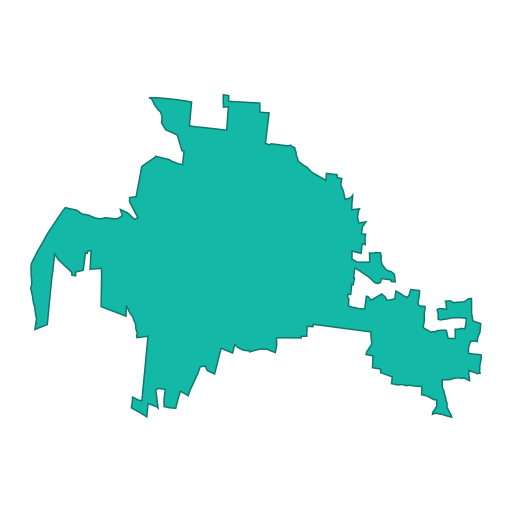 the district of Hocabá, Yucatán, Mexico
{"feature_id": "50627088B46222132432578", "entity_name": "Hocabá", "entity_type": "district", "adm_level": 2, "iso_a3": "MEX", "parent_name": "Mexico", "parent_adm1": "Yucatán", "projection": "equal_earth", "projection_center": [-89.223, 20.81], "detail": "fine", "context": "isolated", "style": "filled", "palette": "teal", "viewbox_px": 512, "rotation_deg": 0, "n_neighbors": 0, "source": "geoboundaries", "source_scale": "gbopen_adm2", "svg_char_len": 5557}
<svg xmlns="http://www.w3.org/2000/svg" viewBox="0 0 512 512"><path d="M131.3,407.8L140.1,412.6L146.8,416.9L147.9,404.9L148.2,403.6L156.9,406.8L158.0,408.0L155.8,389.8L158.4,388.4L165.3,389.4L164.4,396.0L163.9,401.3L164.2,405.2L164.1,406.6L170.0,407.8L175.7,408.3L177.9,399.3L179.1,395.6L180.3,391.3L185.1,393.7L188.2,395.8L189.2,392.7L189.8,390.8L197.7,373.9L200.2,366.8L205.2,366.1L207.3,370.6L214.6,374.0L221.1,348.3L232.6,353.0L234.7,344.5L237.7,347.4L241.8,349.5L243.7,350.2L246.6,350.7L248.1,350.6L248.6,350.3L249.6,351.9L255.8,350.1L260.2,349.1L262.2,349.1L263.9,349.2L266.8,349.2L275.3,352.6L276.7,345.1L276.5,337.8L281.1,337.8L301.2,337.9L301.3,336.3L306.7,336.2L307.1,326.4L313.0,326.7L313.1,324.3L370.9,331.9L370.8,333.9L370.8,334.0L370.8,334.3L371.8,344.0L366.8,351.8L366.0,354.5L373.0,355.9L372.5,367.7L380.5,369.0L380.7,371.3L380.5,372.6L385.6,374.4L392.3,376.9L391.5,383.6L397.3,384.9L402.4,384.5L405.9,385.6L409.6,385.3L414.7,386.0L416.1,386.1L417.9,386.4L420.7,386.2L421.9,387.0L421.6,394.8L424.9,395.4L424.9,395.5L425.0,395.5L427.0,395.9L427.6,396.3L431.3,398.3L433.6,399.6L436.8,400.0L436.7,401.2L436.7,406.3L434.0,410.6L433.1,411.6L432.7,412.8L432.5,414.3L435.1,413.3L438.9,413.8L440.7,414.3L442.2,414.4L444.6,415.3L451.6,417.2L451.0,414.9L449.6,412.3L446.9,407.2L447.1,403.7L445.7,398.8L445.7,397.9L445.4,397.2L444.6,394.4L444.4,393.0L443.9,391.1L442.3,387.2L442.1,382.2L442.3,381.2L442.2,379.9L449.1,379.7L453.5,378.5L455.0,378.0L459.0,377.8L461.3,378.3L464.0,377.9L469.5,380.7L469.5,379.3L469.3,376.9L468.6,374.2L469.1,370.4L470.1,371.2L474.4,372.3L475.8,373.0L476.8,373.6L480.1,373.2L479.7,372.1L479.7,370.7L479.8,368.5L479.9,365.0L480.8,361.1L481.2,358.1L481.2,356.3L481.3,355.0L479.5,354.6L477.5,354.3L475.5,354.2L473.4,354.1L468.5,353.3L468.4,350.4L468.7,347.0L470.0,343.0L471.1,341.0L476.0,341.2L477.2,341.7L477.5,340.8L477.5,338.7L477.7,337.5L480.0,332.0L480.7,323.6L472.9,320.9L471.6,313.1L471.5,298.4L468.4,298.8L464.2,301.9L458.1,302.2L453.4,302.6L450.0,300.8L445.4,301.2L445.9,302.1L446.6,309.5L442.7,308.7L440.7,308.6L439.8,308.6L437.1,309.4L438.2,313.8L438.2,319.3L440.3,319.9L446.1,319.1L452.3,317.8L461.0,317.7L466.4,318.5L465.9,323.7L464.8,328.9L461.0,328.4L458.6,329.2L455.1,329.2L455.3,333.5L455.1,338.6L448.1,338.3L446.3,330.3L444.0,330.2L441.0,330.3L438.7,330.5L437.0,330.7L435.6,331.4L435.1,332.0L433.1,331.6L432.4,331.6L430.8,332.1L424.5,328.4L423.1,327.4L424.3,321.2L424.4,311.2L424.8,310.6L425.1,306.4L419.5,306.0L418.5,304.9L418.0,303.0L419.3,295.7L419.6,290.6L410.7,289.5L409.1,295.1L407.4,297.4L403.2,295.6L400.7,293.6L400.4,293.5L400.2,293.4L395.9,291.0L395.8,292.2L395.5,293.3L394.9,298.6L392.6,299.4L387.1,300.4L385.6,297.8L384.6,296.3L383.5,295.5L381.8,293.9L371.1,300.2L368.1,296.6L366.4,296.2L364.7,309.1L358.0,308.5L354.5,307.4L352.6,307.5L350.1,306.4L348.5,305.8L348.8,298.6L347.7,297.7L347.9,294.2L350.7,294.5L351.4,288.0L351.6,284.3L353.1,284.9L354.6,278.0L353.6,277.7L354.8,268.0L359.3,270.6L359.5,270.7L368.9,277.1L374.8,282.7L378.1,283.6L380.6,282.3L381.4,278.6L390.6,279.8L391.3,281.6L395.2,281.9L394.8,278.6L394.8,277.0L394.4,275.4L394.4,274.2L391.0,271.5L386.8,270.3L384.8,268.1L382.0,264.4L381.0,260.2L381.1,259.1L381.2,255.7L380.5,252.9L380.2,252.9L375.5,252.5L374.5,253.2L369.5,253.0L369.6,257.4L369.7,262.1L366.6,262.2L357.1,262.1L352.0,259.2L352.0,251.1L361.1,253.4L362.1,244.2L363.0,243.8L365.2,244.7L365.0,237.7L365.6,234.9L365.7,234.3L361.4,233.9L362.4,227.0L365.9,221.8L359.3,223.0L358.8,222.7L357.5,217.4L358.3,211.5L359.5,208.8L351.7,209.7L352.0,202.1L352.4,199.6L352.7,195.6L352.7,195.4L352.7,195.2L351.6,196.8L349.2,198.3L345.1,199.3L343.3,190.9L340.7,184.6L341.8,178.6L337.1,177.6L337.0,174.6L336.6,174.6L326.4,173.4L325.9,180.3L311.4,172.0L306.9,167.1L304.8,166.1L298.5,161.5L297.3,157.7L296.4,155.8L296.0,152.0L294.9,149.3L294.8,147.6L294.4,147.5L292.1,146.6L290.8,145.2L289.7,145.5L287.0,145.7L283.1,145.3L281.2,145.1L276.8,144.4L270.9,143.8L269.5,144.9L265.4,143.3L269.1,112.9L259.9,112.2L259.8,103.1L228.5,101.3L228.6,100.3L228.8,95.6L223.3,94.8L223.2,100.8L223.5,107.2L228.4,106.7L227.5,118.5L227.3,121.5L226.7,130.0L225.5,130.1L225.4,130.1L225.1,130.1L219.9,129.4L216.5,129.0L213.0,128.6L205.8,127.8L195.7,126.8L189.4,125.8L191.6,102.0L178.5,99.9L165.4,98.4L158.8,97.9L149.6,97.6L149.6,97.9L149.6,98.1L150.9,98.2L152.4,100.3L154.5,104.7L158.0,109.6L160.3,111.7L162.1,116.4L161.9,119.3L161.9,119.7L161.5,122.7L162.3,124.2L164.4,127.6L165.6,129.7L177.3,135.0L181.9,150.7L184.0,151.3L182.6,164.7L177.2,163.5L175.2,162.4L172.5,161.7L169.2,159.6L155.6,156.3L155.6,156.9L141.8,166.4L136.1,196.7L129.6,197.6L129.5,201.6L137.9,217.9L134.4,219.3L127.4,212.7L120.4,209.5L122.3,215.7L117.5,218.7L113.4,218.7L105.8,217.7L102.1,218.5L99.5,218.8L95.1,218.0L88.9,215.3L85.2,214.4L84.6,214.3L83.3,214.6L79.9,212.6L79.0,211.8L77.1,210.3L72.9,209.3L70.5,208.9L65.3,207.6L62.6,211.1L50.1,229.6L47.6,233.5L43.6,240.8L37.0,252.2L36.9,252.5L34.3,257.7L31.5,263.3L30.9,267.1L31.1,271.1L31.1,275.0L31.6,279.3L31.8,283.5L31.7,284.2L30.7,288.3L32.6,296.7L33.3,302.1L34.8,307.5L35.2,311.7L36.5,319.1L34.9,329.5L47.3,324.5L50.8,287.6L51.9,276.8L52.7,271.9L54.7,254.0L58.3,259.6L71.8,272.4L71.8,275.0L75.6,275.9L75.7,272.0L83.2,270.3L85.5,252.9L87.4,253.2L87.7,251.0L91.1,250.7L90.1,269.3L90.4,269.2L101.4,268.4L101.6,274.8L101.1,306.6L126.0,316.2L126.3,305.5L130.1,313.5L132.6,316.5L133.9,320.4L135.5,323.7L135.9,329.0L137.5,333.9L136.7,334.9L136.6,336.3L137.0,337.7L148.0,336.2L141.9,400.8L138.5,400.1L132.6,397.1L132.2,402.8L131.3,407.8Z" fill="#14b8a6" stroke="#0f766e" stroke-width="1.5"/></svg>